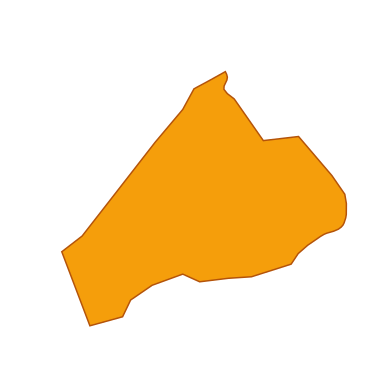 outline of Labé, rotated 250°
{"feature_id": "GIN-5648", "entity_name": "Labé", "entity_type": "Prefecture", "adm_level": 1, "iso_a3": "GIN", "parent_name": "Guinea", "parent_adm1": "", "projection": "robinson", "projection_center": [-12.332, 11.438], "detail": "fine", "context": "isolated", "style": "filled", "palette": "amber", "viewbox_px": 384, "rotation_deg": 250, "n_neighbors": 0, "source": "natural_earth", "source_scale": "10m", "svg_char_len": 665}
<svg xmlns="http://www.w3.org/2000/svg" viewBox="0 0 384 384"><g transform="rotate(250 192 192)"><path d="M290.7,264.8L287.8,264.5L285.3,263.1L280.6,258.4L277.6,257.1L272.4,258.8L265.0,263.5L215.9,276.6L207.7,311.1L159.5,329.1L137.6,334.8L128.3,333.1L118.1,329.3L115.1,327.6L111.0,324.4L109.3,322.6L108.0,320.2L107.0,316.9L106.7,311.7L107.2,304.7L107.1,301.8L106.3,297.5L102.4,282.5L97.8,270.7L90.3,260.5L92.0,218.9L98.5,196.6L105.0,168.5L118.0,155.2L118.0,122.6L111.5,97.4L98.5,84.1L101.2,50.3L180.4,49.2L188.2,73.7L214.2,115.2L251.3,174.3L272.7,211.5L288.3,229.2L290.9,247.0L293.7,264.5L290.7,264.8Z" fill="#f59e0b" stroke="#b45309" stroke-width="1.5"/></g></svg>